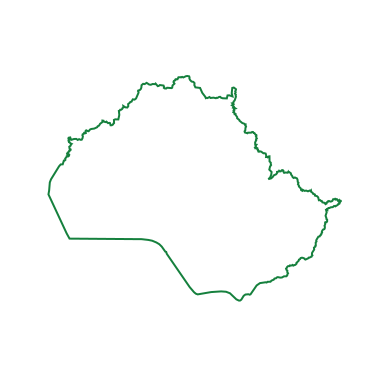 Nyamasheke, Western, Rwanda (Albers equal-area conic projection), rotated 245°
{"feature_id": "39286606B22601397790462", "entity_name": "Nyamasheke", "entity_type": "district", "adm_level": 2, "iso_a3": "RWA", "parent_name": "Rwanda", "parent_adm1": "Western", "projection": "albers", "projection_center": [29.106, -2.358], "detail": "fine", "context": "isolated", "style": "outline", "palette": "green", "viewbox_px": 384, "rotation_deg": 245, "n_neighbors": 0, "source": "geoboundaries", "source_scale": "gbopen_adm2", "svg_char_len": 6052}
<svg xmlns="http://www.w3.org/2000/svg" viewBox="0 0 384 384"><g transform="rotate(245 192 192)"><path d="M298.7,171.3L296.7,170.5L295.9,169.1L296.9,167.4L299.0,166.1L297.6,165.6L297.4,164.4L296.8,163.9L296.5,162.6L296.9,161.7L296.3,160.8L296.4,160.0L292.6,158.7L288.9,155.9L290.3,153.1L290.3,151.7L287.4,150.5L287.3,149.7L286.6,149.1L286.4,147.5L286.9,146.4L289.1,146.8L289.6,146.3L289.9,145.0L291.9,144.2L291.7,143.5L292.7,142.2L293.2,141.8L294.0,141.9L294.6,141.0L293.2,140.3L292.7,137.6L291.5,135.9L291.4,134.2L290.8,133.5L290.8,130.2L291.7,127.3L291.7,125.9L290.8,124.1L290.9,123.6L292.6,122.2L292.5,121.8L292.1,121.1L290.3,120.7L290.4,119.7L291.1,119.1L290.5,118.3L290.5,117.3L289.6,116.6L288.7,116.7L287.0,115.5L286.0,114.1L286.4,113.1L287.6,112.0L287.5,110.4L289.0,109.6L289.9,107.5L290.3,104.5L290.7,104.3L292.9,104.7L293.3,103.4L293.0,102.7L292.2,102.6L291.8,103.2L291.8,102.5L291.1,102.5L290.8,101.8L289.5,101.6L289.5,102.0L287.6,102.3L286.5,103.2L286.3,102.4L285.3,101.6L284.9,99.9L282.9,99.3L281.9,100.0L281.3,99.6L281.3,98.2L280.6,98.0L280.3,96.1L279.5,94.9L278.8,94.9L279.0,95.7L278.6,96.0L278.1,95.7L278.2,96.3L277.6,96.5L276.7,95.6L276.6,94.7L277.3,94.2L277.4,93.5L276.7,93.0L275.9,91.2L274.6,90.8L274.3,89.7L274.6,89.1L271.7,86.5L272.5,84.7L271.5,82.4L263.1,69.6L260.8,67.2L253.8,63.2L250.5,60.9L207.4,60.9L201.5,61.3L170.5,126.5L167.0,132.2L164.7,135.3L161.3,138.4L158.5,140.3L155.3,141.5L149.2,142.6L148.6,143.3L146.7,143.0L144.3,143.4L106.8,149.7L100.3,151.5L98.2,152.5L96.8,153.9L93.2,167.1L89.6,176.4L87.2,180.7L84.2,183.6L76.0,186.8L73.7,188.7L73.3,189.8L73.6,191.2L76.1,195.0L76.5,197.1L75.5,199.9L74.0,201.5L74.3,201.4L80.0,211.1L80.7,215.1L79.1,220.5L78.4,221.4L78.7,222.5L77.5,225.2L78.1,226.6L78.0,229.0L78.7,230.2L78.3,231.7L78.7,232.7L78.6,233.8L77.1,235.8L76.5,237.4L76.7,239.7L75.7,242.0L76.3,243.2L77.1,243.6L77.7,244.7L79.2,244.5L80.5,245.2L81.6,244.7L82.9,244.9L83.1,245.8L83.9,246.6L84.2,247.8L83.6,249.1L84.1,249.6L83.0,252.0L83.3,252.3L82.4,253.0L82.6,253.5L82.3,254.9L82.9,256.5L83.6,256.7L84.6,259.6L85.5,260.3L85.5,261.5L86.2,262.5L86.0,263.9L85.3,264.8L84.2,265.8L83.4,265.8L82.8,266.3L82.8,269.3L83.2,270.0L82.9,270.5L82.9,273.0L83.3,273.2L83.6,274.3L85.0,274.4L86.2,275.2L88.2,278.4L90.0,279.0L90.4,280.7L91.0,280.9L91.1,281.5L94.0,282.8L94.5,283.9L95.4,284.0L96.0,284.5L98.1,287.6L97.8,288.9L98.3,289.4L98.4,290.4L99.1,290.8L99.3,291.7L99.9,292.0L100.3,292.8L101.0,292.8L102.0,293.8L102.6,295.1L102.4,296.2L102.8,296.8L104.2,297.7L105.4,297.8L106.2,298.9L108.0,299.7L108.3,300.1L107.7,301.1L108.3,302.1L109.9,302.8L110.5,302.4L111.8,302.8L114.0,303.0L116.7,305.5L119.0,305.9L118.6,306.6L119.2,306.5L119.6,307.0L119.4,308.5L119.8,308.9L119.4,309.8L119.5,311.2L118.8,313.2L119.3,314.9L118.4,315.9L118.7,316.5L118.5,317.0L118.8,318.9L119.2,319.2L119.1,320.3L119.7,320.6L119.5,321.0L120.1,321.3L120.1,321.6L120.7,321.8L120.7,322.9L121.2,323.1L121.7,322.6L121.6,321.6L122.5,321.8L122.3,320.6L124.2,320.3L124.3,319.3L124.9,319.4L125.4,318.9L125.2,318.1L125.8,316.9L124.6,315.4L124.6,314.1L124.8,313.4L126.0,312.3L126.1,311.3L125.7,311.1L125.8,310.3L125.1,309.0L124.7,309.0L124.6,308.2L125.4,308.3L125.4,307.6L126.4,307.3L127.5,305.8L129.1,305.8L129.5,305.0L130.5,304.7L130.9,303.5L133.8,304.1L135.3,303.6L136.8,301.9L137.5,302.3L138.1,302.2L139.1,301.0L140.3,301.0L141.7,300.1L143.2,300.5L142.9,299.7L143.6,299.2L143.6,297.4L145.0,296.1L145.5,294.4L147.2,293.3L146.5,292.5L147.5,291.7L149.2,292.1L151.8,291.2L152.6,291.6L154.3,291.3L155.4,292.4L156.5,292.1L158.3,292.8L159.9,292.9L161.7,291.4L161.7,290.1L162.8,289.5L164.0,289.6L165.9,289.2L167.2,289.5L169.0,288.5L169.1,287.4L169.5,287.5L169.1,286.8L170.2,284.9L170.4,283.6L172.1,283.4L172.5,283.8L173.5,283.5L173.8,282.6L173.2,281.1L173.7,280.2L174.4,279.9L173.9,279.2L174.3,277.6L173.3,277.2L172.5,275.8L172.5,273.2L171.5,271.5L170.9,269.5L171.4,266.6L172.1,268.9L174.3,271.2L176.5,272.6L179.6,271.5L182.1,273.5L183.0,275.1L184.1,275.2L185.3,275.8L186.9,275.2L191.6,277.3L191.8,276.7L191.4,275.3L191.9,275.1L192.4,273.9L193.4,274.6L195.7,275.0L196.6,274.0L196.9,273.1L199.3,271.8L199.9,271.1L200.1,270.1L200.8,269.9L200.7,269.3L202.3,269.3L202.6,269.6L203.0,269.3L204.0,269.8L204.6,269.4L204.4,268.7L204.7,268.2L205.0,268.7L205.8,268.1L206.2,269.1L207.0,269.3L207.6,270.3L208.2,269.3L210.3,270.2L211.8,272.1L212.2,272.0L212.9,272.7L213.1,273.3L213.8,273.1L214.5,273.6L215.5,273.5L215.8,274.2L216.5,274.4L217.4,273.7L219.0,273.5L219.4,272.8L220.5,272.7L221.0,271.9L220.8,270.7L222.1,267.8L221.8,267.1L223.6,265.1L224.8,265.3L225.3,266.3L227.6,267.6L228.4,268.6L229.7,268.4L229.9,268.8L230.3,268.7L230.7,269.1L231.2,268.4L231.7,268.3L233.3,266.7L236.5,265.2L237.4,265.3L239.7,264.1L240.7,264.6L243.5,264.1L244.2,264.4L244.6,263.5L245.8,263.9L246.8,263.2L247.6,264.5L248.2,264.1L248.8,264.9L249.6,265.0L249.4,266.7L250.7,265.9L251.2,265.0L251.9,266.0L253.7,264.9L254.0,266.7L255.4,266.1L255.2,267.2L256.4,267.9L256.9,269.3L259.8,272.1L260.7,272.2L261.7,272.9L263.0,272.5L264.0,273.8L265.0,273.7L265.9,274.9L266.5,275.3L267.0,275.1L269.0,274.0L269.3,272.5L264.7,269.7L261.5,269.1L263.9,266.6L264.5,265.0L262.1,263.1L264.0,259.4L265.1,258.2L266.3,257.8L266.7,256.8L266.5,254.9L267.0,254.1L266.9,253.3L268.4,251.4L269.4,248.5L270.7,248.0L270.6,245.7L271.2,245.0L271.2,244.2L273.0,244.2L277.5,243.2L282.9,243.3L285.4,239.3L287.9,239.3L289.6,240.3L291.2,239.8L292.3,238.3L294.3,237.6L296.0,237.6L296.9,238.2L298.0,238.3L299.1,236.8L299.5,235.5L299.5,232.5L300.9,231.4L301.2,231.6L300.5,230.7L301.7,228.2L300.3,226.5L301.1,225.0L301.0,224.4L300.3,224.1L300.3,222.5L299.5,221.7L297.6,221.9L296.8,219.4L294.9,218.1L294.8,217.4L297.0,213.5L296.7,212.3L297.5,210.9L298.3,210.5L298.9,211.1L300.5,211.2L302.5,208.1L302.2,206.6L302.4,205.7L305.7,204.8L305.4,204.0L306.5,202.0L306.6,200.0L307.5,198.6L310.1,197.0L309.8,194.7L310.7,193.4L310.1,191.4L308.0,190.2L306.9,189.0L306.5,187.8L306.7,186.1L306.3,185.7L305.1,185.8L304.4,185.3L300.4,180.8L300.0,179.0L301.0,177.5L299.4,175.3L299.7,174.2L299.1,173.1L298.7,171.3Z" fill="none" stroke="#15803d" stroke-width="2"/></g></svg>